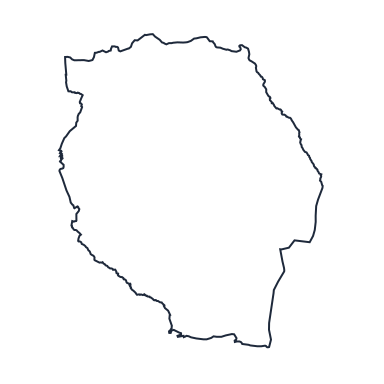 the district of Ningi, Bauchi, Nigeria, rotated 266°
{"feature_id": "59680162B85522063023223", "entity_name": "Ningi", "entity_type": "district", "adm_level": 2, "iso_a3": "NGA", "parent_name": "Nigeria", "parent_adm1": "Bauchi", "projection": "robinson", "projection_center": [9.239, 11.022], "detail": "fine", "context": "isolated", "style": "outline", "palette": "slate", "viewbox_px": 384, "rotation_deg": 266, "n_neighbors": 0, "source": "geoboundaries", "source_scale": "gbopen_adm2", "svg_char_len": 5919}
<svg xmlns="http://www.w3.org/2000/svg" viewBox="0 0 384 384"><g transform="rotate(266 192 192)"><path d="M189.9,70.3L187.7,71.8L187.0,72.7L184.3,73.3L184.0,73.6L185.5,76.5L185.1,76.8L185.3,77.1L184.8,77.5L184.2,77.5L182.8,78.4L180.9,77.7L178.1,75.1L171.6,74.7L171.1,74.4L171.0,72.8L170.7,72.3L170.7,71.7L171.1,71.3L171.4,70.5L166.9,69.4L166.6,69.9L165.0,69.9L164.8,70.4L162.8,71.4L162.3,72.2L162.2,73.4L161.8,74.2L160.5,75.2L158.9,76.9L157.2,78.2L156.3,76.8L153.7,75.6L151.2,75.0L150.6,75.4L150.6,76.2L150.2,77.2L149.5,78.0L147.9,78.4L146.9,80.3L145.5,81.8L144.4,82.4L143.4,83.7L141.0,84.6L140.3,85.5L139.4,86.0L137.1,86.6L136.2,87.7L135.6,88.8L134.7,89.7L133.6,90.2L131.5,89.9L130.8,90.1L128.0,94.8L128.1,96.1L127.8,97.1L128.2,97.9L126.7,98.8L126.3,99.6L125.7,100.3L124.9,100.6L124.2,102.3L122.7,103.2L122.3,104.0L121.5,104.9L121.3,106.6L120.6,107.6L119.9,107.8L119.9,110.0L117.8,111.0L116.8,110.9L116.2,111.1L115.8,112.6L115.6,112.7L114.3,112.3L113.6,112.7L112.3,114.6L112.0,115.5L112.1,116.1L111.0,117.5L110.4,117.5L109.7,117.8L109.7,118.6L108.5,120.0L106.5,120.4L105.9,120.8L105.0,122.7L104.7,122.9L104.8,124.0L104.0,124.2L103.4,124.1L103.5,123.6L103.4,123.2L102.0,123.7L101.5,124.3L101.0,124.5L100.4,124.2L98.5,125.5L97.7,126.6L95.3,128.8L94.8,128.9L93.3,130.0L93.6,132.1L93.0,132.9L93.4,133.9L92.6,135.8L92.9,136.5L92.6,137.1L93.2,137.4L91.9,139.0L91.4,139.2L91.3,139.6L91.5,139.9L90.8,140.6L90.6,142.3L90.0,142.5L89.7,143.5L88.0,145.5L87.0,146.2L86.6,146.8L86.8,147.5L86.7,148.4L86.2,148.6L85.7,149.5L85.7,150.4L84.2,152.4L83.9,154.1L83.1,154.5L80.9,156.6L80.5,156.6L80.2,156.0L78.0,157.0L75.3,159.9L70.9,161.6L70.8,161.2L67.2,160.6L59.8,162.6L59.0,162.3L57.4,162.2L56.7,161.4L56.1,161.3L54.9,159.6L54.2,159.3L53.0,159.5L52.9,160.9L54.6,161.6L55.3,162.1L55.7,164.2L52.7,169.3L51.9,171.2L50.6,171.2L49.5,167.5L48.5,167.8L49.1,173.5L47.8,173.7L48.3,175.3L48.9,176.4L48.3,178.7L47.1,180.9L45.6,186.1L44.2,193.3L44.0,196.3L45.1,201.0L46.5,203.4L45.8,206.7L45.5,211.2L46.6,215.7L47.5,221.9L47.1,224.1L43.1,226.2L41.7,225.7L40.8,224.2L39.4,224.3L39.8,226.4L39.6,228.9L38.9,230.3L37.9,231.1L36.9,231.5L35.6,237.9L34.9,239.4L33.5,246.7L33.3,250.5L33.6,254.2L33.1,255.2L32.5,255.5L31.9,256.2L31.8,257.2L32.0,258.1L39.2,260.5L49.2,259.2L56.0,259.8L85.4,266.3L88.5,266.8L96.5,271.6L106.3,278.4L107.5,278.6L109.8,278.5L116.5,277.4L128.7,276.0L128.5,277.4L129.7,284.8L136.6,290.9L133.7,305.9L139.7,309.7L145.5,311.8L153.5,313.3L159.7,313.7L169.3,314.9L175.6,317.2L186.9,322.4L189.0,322.8L189.8,322.3L193.2,321.6L194.4,320.5L195.4,320.9L195.8,320.8L196.8,321.0L197.3,321.5L198.7,322.0L199.0,322.0L199.7,321.6L200.6,322.2L201.6,320.1L203.1,319.6L204.5,318.7L204.9,318.6L205.4,318.7L206.1,318.3L207.0,317.1L207.3,316.8L207.6,317.0L208.9,315.7L209.8,315.4L210.3,315.5L211.2,315.2L213.7,313.5L214.6,313.4L216.7,312.2L217.8,312.1L218.5,311.5L220.0,311.3L220.8,310.2L221.8,309.9L223.5,309.0L224.1,307.5L226.3,306.0L228.4,305.2L229.2,304.6L231.2,304.5L231.8,304.0L233.7,303.4L234.2,303.4L234.7,303.7L235.3,303.7L237.0,304.5L237.4,303.9L238.1,303.5L239.0,303.5L239.5,302.7L240.0,302.5L241.3,303.0L243.4,303.0L244.0,303.4L246.3,302.8L246.5,302.3L249.2,300.2L254.6,297.7L256.5,296.5L257.7,296.1L258.7,295.5L259.2,294.9L259.3,294.0L259.9,292.9L260.5,292.2L260.4,291.8L260.7,291.3L261.7,290.9L262.7,289.6L262.8,288.1L263.1,287.4L264.5,286.9L266.0,287.6L266.6,286.8L267.3,286.7L267.8,286.4L268.2,286.0L268.1,285.3L269.6,282.9L269.4,282.3L269.5,282.0L272.1,280.1L273.0,279.9L275.0,278.8L274.9,278.2L275.0,277.8L276.0,277.9L276.9,277.1L277.7,276.7L278.0,276.2L278.6,276.1L279.9,276.2L280.1,276.7L280.8,276.7L281.7,276.1L282.1,275.2L283.1,274.6L286.4,273.0L289.3,273.2L291.7,271.9L292.9,270.7L293.5,270.5L294.5,270.7L296.9,272.4L298.4,272.5L299.6,270.6L300.6,270.5L301.7,270.0L302.3,269.3L302.3,268.8L303.9,268.0L305.3,266.8L306.2,266.4L307.0,265.3L307.8,264.8L311.6,264.4L312.4,264.8L313.8,264.8L315.7,263.8L318.2,260.5L319.3,258.7L320.3,258.1L321.7,257.7L325.4,258.8L327.9,258.6L331.1,257.9L332.3,256.1L332.7,254.8L335.0,252.1L335.0,250.2L334.4,249.4L333.7,249.4L332.9,250.2L331.1,250.6L329.9,249.8L328.8,246.1L329.8,241.2L330.6,240.1L331.5,238.0L331.7,237.0L331.5,236.3L332.8,232.7L334.0,230.4L334.5,227.0L335.0,226.1L335.8,225.6L337.9,225.0L340.1,223.4L340.8,223.2L341.2,220.2L345.2,217.7L345.6,216.9L345.8,215.7L345.7,211.2L345.0,207.2L344.9,204.8L342.8,201.4L341.8,197.9L341.7,196.3L341.7,193.6L342.3,188.0L342.2,183.6L341.9,181.9L342.1,179.4L341.1,176.7L342.1,174.8L342.7,174.2L343.3,172.5L346.1,170.4L349.6,166.0L352.2,163.9L352.2,161.2L351.7,157.0L352.1,156.0L347.0,148.3L347.4,145.4L344.5,142.6L341.1,141.2L339.5,138.9L339.6,138.5L337.3,130.3L338.2,128.8L341.3,128.3L342.0,127.4L342.1,126.0L342.6,125.2L342.8,122.4L340.5,121.2L338.8,120.8L338.5,118.8L337.9,118.0L337.4,116.0L339.4,112.6L338.2,109.6L338.3,108.8L337.6,106.5L337.6,104.8L333.4,103.6L330.6,101.9L330.3,100.5L329.9,98.1L331.1,93.4L331.6,83.8L332.7,81.6L334.7,79.9L335.5,77.3L335.5,74.8L329.5,74.6L317.8,74.8L317.8,74.2L311.7,74.4L310.3,74.0L306.0,74.4L301.2,75.7L301.2,76.1L300.9,76.4L301.0,77.8L300.6,78.5L300.0,78.9L299.7,80.2L299.7,81.9L299.1,82.1L298.9,82.8L298.7,83.9L299.1,85.0L298.8,85.2L298.5,86.5L297.8,87.0L297.5,88.1L296.2,89.7L293.5,88.2L289.6,86.3L288.4,86.5L288.4,87.1L287.9,87.4L287.4,88.0L286.9,88.2L285.4,87.5L284.9,88.1L284.4,88.3L279.2,86.0L277.8,84.4L277.3,84.3L276.3,83.6L274.6,83.1L271.1,82.9L269.3,81.4L266.0,80.9L261.2,74.3L256.2,70.2L254.7,68.4L249.2,65.5L244.8,63.7L243.0,62.2L242.5,63.1L242.3,64.3L241.8,64.6L241.2,63.8L240.0,63.0L239.7,63.8L239.8,64.4L239.2,64.8L238.7,63.9L237.4,63.0L237.7,64.5L237.5,65.0L237.0,65.1L236.6,64.7L236.1,63.8L235.5,63.4L234.9,63.5L235.2,64.6L235.0,65.1L234.5,65.2L233.6,63.9L233.0,63.6L232.5,63.6L232.1,63.3L232.0,62.6L231.6,62.4L228.1,65.8L226.0,65.7L224.8,65.2L224.4,64.2L224.2,62.6L223.6,61.7L222.3,61.2L215.0,63.6L202.3,66.9L195.7,69.4L189.9,70.3Z" fill="none" stroke="#1e293b" stroke-width="2"/></g></svg>